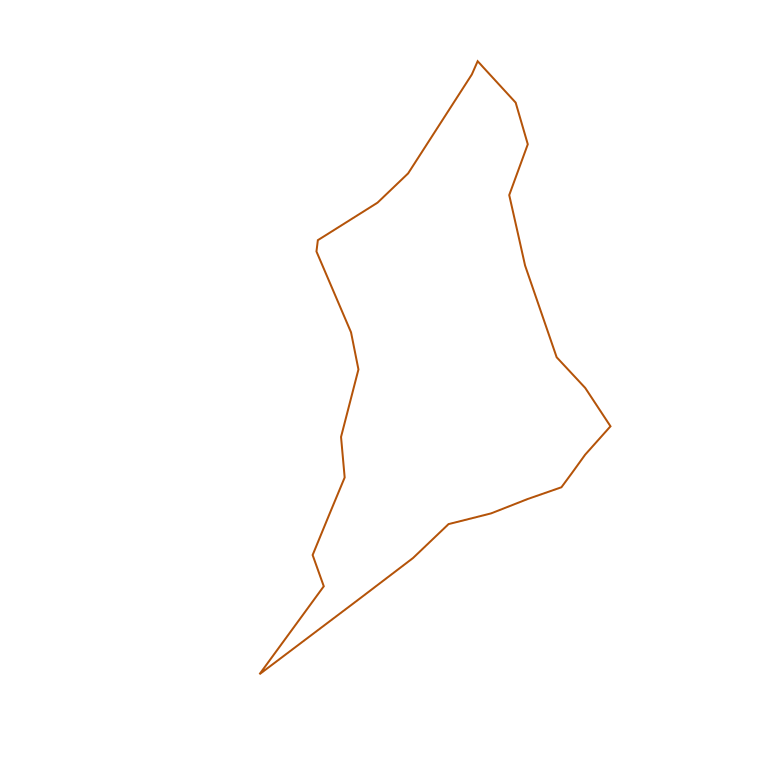 the Municipality of Az Zawiyah, rotated 321°
{"feature_id": "LBY-2975", "entity_name": "Az Zawiyah", "entity_type": "Municipality", "adm_level": 1, "iso_a3": "LBY", "parent_name": "Libya", "parent_adm1": "", "projection": "equal_earth", "projection_center": [12.658, 32.555], "detail": "fine", "context": "isolated", "style": "outline", "palette": "amber", "viewbox_px": 768, "rotation_deg": 321, "n_neighbors": 0, "source": "natural_earth", "source_scale": "10m", "svg_char_len": 586}
<svg xmlns="http://www.w3.org/2000/svg" viewBox="0 0 768 768"><g transform="rotate(321 384 384)"><path d="M423.1,230.6L493.1,239.0L535.3,235.5L647.1,198.7L659.9,192.1L660.2,196.1L660.4,200.1L663.4,248.2L648.0,284.9L646.6,288.2L600.2,316.0L580.7,355.5L568.2,380.7L535.0,471.9L537.9,513.7L533.4,559.4L495.9,565.5L474.6,571.3L456.9,575.9L423.3,563.8L385.7,551.9L346.0,533.5L297.1,537.5L230.3,535.5L104.6,531.2L209.9,503.3L220.9,472.0L259.7,450.8L294.6,431.9L317.3,398.1L373.3,356.6L390.9,323.1L414.9,238.5L423.0,230.7L423.1,230.6Z" fill="none" stroke="#b45309" stroke-width="2"/></g></svg>